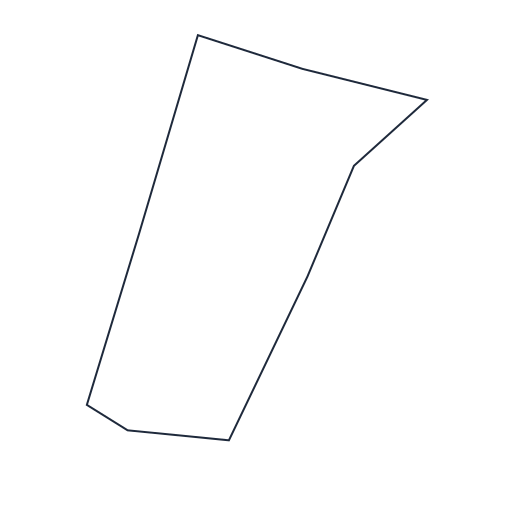 map outline of Santa Luċija (Mercator projection), rotated 104°
{"feature_id": "MLT-5965", "entity_name": "Santa Luċija", "entity_type": "state/province", "adm_level": 1, "iso_a3": "MLT", "parent_name": "Malta", "parent_adm1": "", "projection": "mercator", "projection_center": [14.503, 35.854], "detail": "fine", "context": "isolated", "style": "outline", "palette": "slate", "viewbox_px": 512, "rotation_deg": 104, "n_neighbors": 0, "source": "natural_earth", "source_scale": "10m", "svg_char_len": 283}
<svg xmlns="http://www.w3.org/2000/svg" viewBox="0 0 512 512"><g transform="rotate(104 256 256)"><path d="M441.4,237.7L456.2,338.4L441.4,384.1L263.4,374.9L55.8,365.8L63.2,256.0L63.2,127.9L144.8,182.8L263.4,201.1L441.4,237.7Z" fill="none" stroke="#1e293b" stroke-width="2"/></g></svg>